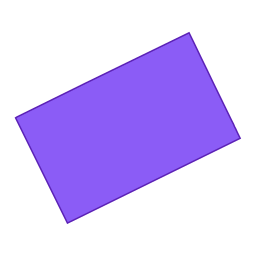 Deaf Smith, Texas, United States of America (Albers equal-area conic projection), rotated 154°
{"feature_id": "52423323B38670867283875", "entity_name": "Deaf Smith", "entity_type": "district", "adm_level": 2, "iso_a3": "USA", "parent_name": "United States of America", "parent_adm1": "Texas", "projection": "albers", "projection_center": [-102.842, 34.965], "detail": "fine", "context": "isolated", "style": "filled", "palette": "violet", "viewbox_px": 256, "rotation_deg": 154, "n_neighbors": 0, "source": "geoboundaries", "source_scale": "gbopen_adm2", "svg_char_len": 375}
<svg xmlns="http://www.w3.org/2000/svg" viewBox="0 0 256 256"><g transform="rotate(154 128 128)"><path d="M224.6,186.4L224.1,69.1L31.7,69.6L31.7,69.9L31.7,70.8L31.7,76.0L31.6,79.9L31.6,80.5L31.7,82.4L31.5,85.2L31.6,89.3L31.6,131.2L31.5,145.9L31.5,159.2L31.4,174.8L31.4,186.8L145.8,186.9L222.9,186.6L224.6,186.4Z" fill="#8b5cf6" stroke="#5b21b6" stroke-width="1.5"/></g></svg>